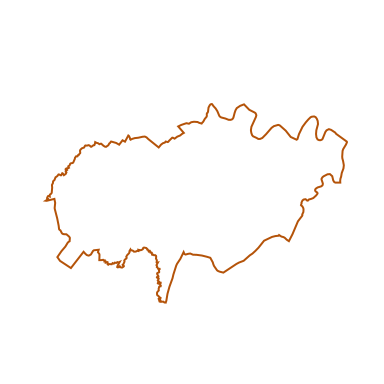 outline of Ba Ria, Bà Rịa - Vũng Tàu, Vietnam, rotated 205°
{"feature_id": "81297802B66449035371360", "entity_name": "Ba Ria", "entity_type": "district", "adm_level": 2, "iso_a3": "VNM", "parent_name": "Vietnam", "parent_adm1": "Bà Rịa - Vũng Tàu", "projection": "robinson", "projection_center": [107.192, 10.508], "detail": "fine", "context": "isolated", "style": "outline", "palette": "amber", "viewbox_px": 384, "rotation_deg": 205, "n_neighbors": 0, "source": "geoboundaries", "source_scale": "gbopen_adm2", "svg_char_len": 5980}
<svg xmlns="http://www.w3.org/2000/svg" viewBox="0 0 384 384"><g transform="rotate(205 192 192)"><path d="M320.9,122.3L320.0,122.6L313.8,127.6L311.4,124.3L309.7,119.4L309.0,118.4L303.0,111.1L298.6,105.1L296.8,102.2L296.2,101.8L295.0,101.6L292.7,99.8L291.7,99.4L290.3,99.6L287.9,100.6L284.4,99.6L283.3,98.8L282.1,95.6L282.7,94.8L283.2,93.6L283.7,89.0L285.3,83.2L286.5,76.1L282.5,73.8L269.6,71.9L265.0,92.0L262.7,91.0L260.8,90.4L259.0,90.6L258.4,91.0L257.2,92.7L256.8,96.7L256.3,97.7L252.2,100.2L251.8,97.7L249.9,96.7L249.3,96.0L247.2,91.1L244.9,92.2L243.9,93.0L242.7,92.8L242.1,93.2L241.9,93.0L242.2,92.6L242.0,92.0L240.9,92.5L240.4,91.5L239.1,92.7L238.8,92.7L237.9,90.8L237.2,90.7L236.8,91.6L234.2,92.6L233.9,94.0L232.6,94.0L232.1,95.4L230.8,95.6L230.0,96.9L229.1,96.9L228.0,98.1L228.3,94.3L228.1,92.4L227.5,92.3L227.1,92.7L226.5,92.9L226.1,94.2L224.9,93.6L223.5,93.9L222.5,95.4L222.4,96.0L222.7,96.3L223.8,96.4L224.1,96.7L223.7,97.5L223.7,99.7L223.8,100.5L224.4,101.2L224.3,102.3L223.4,104.0L223.4,104.7L224.2,105.5L224.1,107.3L223.2,109.9L223.2,111.2L223.7,111.9L223.5,113.9L222.7,113.2L222.0,113.7L220.6,113.8L219.4,113.4L217.8,114.2L216.7,115.6L215.4,115.9L215.4,116.4L216.0,117.0L214.0,117.5L213.2,118.2L212.4,119.4L212.6,120.4L212.4,121.0L211.9,121.4L209.8,121.9L208.3,121.4L208.2,120.9L207.4,120.9L206.9,120.5L206.4,120.5L206.3,120.0L206.0,119.7L205.6,119.9L205.3,120.8L204.9,120.6L204.1,119.5L203.7,119.6L203.2,120.0L202.8,120.0L201.7,118.3L201.1,118.4L200.7,118.8L199.8,118.6L198.6,119.2L197.6,118.9L197.1,118.2L196.5,116.4L195.0,115.3L194.3,113.2L193.9,113.1L193.1,113.7L193.3,110.7L192.3,110.0L192.1,109.1L191.4,109.0L190.2,108.1L188.9,108.7L188.7,108.5L189.0,107.3L187.9,105.6L187.9,105.3L189.1,104.0L189.2,103.5L188.6,102.6L187.2,101.8L186.6,101.0L186.8,100.5L187.7,100.2L187.8,100.0L187.7,99.7L185.6,99.4L185.5,98.8L185.7,97.4L185.1,96.9L184.0,96.9L183.9,96.3L184.5,95.2L184.4,94.8L183.7,94.7L183.5,94.8L182.5,96.4L182.1,96.6L181.9,96.4L181.9,94.7L180.6,93.8L180.6,93.2L181.5,92.7L181.7,92.3L181.3,90.1L180.5,88.7L181.1,87.0L181.1,85.8L180.2,84.1L179.6,83.7L178.6,83.6L177.2,83.0L175.7,82.7L175.7,82.0L176.9,81.6L177.1,81.1L176.6,80.7L175.6,80.7L175.4,80.2L175.7,79.6L175.1,79.0L174.6,79.1L174.5,80.2L173.5,79.5L171.7,80.5L170.3,80.2L169.5,80.7L169.1,80.7L169.3,82.6L171.2,89.4L172.4,96.6L173.2,105.6L174.0,109.4L175.2,118.7L175.2,120.6L174.3,126.5L174.2,134.0L172.7,132.6L171.4,132.6L169.4,134.3L167.6,135.5L164.6,135.6L161.3,137.0L156.2,138.6L151.1,139.6L147.6,140.1L143.4,137.0L142.2,135.6L140.8,134.3L136.2,131.6L134.9,131.4L133.2,131.5L129.5,132.2L121.3,145.6L119.5,148.0L116.1,151.5L112.8,159.1L111.2,161.7L109.7,165.3L108.2,169.6L106.1,178.3L100.5,185.1L97.8,187.3L95.0,189.0L94.9,189.8L92.2,189.4L90.0,189.8L88.6,189.7L86.0,188.8L83.4,188.4L83.1,196.2L83.6,210.2L82.1,217.0L82.2,217.7L82.6,218.2L82.6,220.9L83.5,223.2L84.2,224.3L86.0,225.7L86.9,225.8L87.7,226.2L87.9,228.0L88.3,228.7L88.3,231.0L87.7,232.3L86.2,233.4L85.5,233.4L84.3,232.9L83.4,233.1L82.9,234.6L81.0,236.2L79.5,237.8L78.0,241.4L77.6,243.4L77.7,244.0L78.4,244.5L79.9,244.7L80.9,245.2L81.3,245.9L81.3,247.2L80.1,249.2L77.3,251.7L76.6,253.0L76.6,253.8L77.0,255.0L79.9,258.1L80.2,258.9L80.0,260.5L79.4,261.8L76.7,265.3L74.6,266.5L71.6,265.6L68.8,262.1L67.2,261.1L66.1,261.1L61.6,263.2L62.4,264.7L63.1,266.8L63.3,268.8L64.3,272.5L64.7,277.4L65.7,280.4L68.0,283.7L70.0,286.1L70.8,287.5L72.9,292.9L73.1,294.8L72.5,300.2L72.6,302.6L73.0,303.1L85.9,305.6L87.4,306.4L92.2,307.1L94.5,306.8L96.1,304.8L96.5,302.7L96.1,295.3L96.5,294.2L97.4,293.3L98.7,292.7L100.4,292.7L102.3,294.1L104.1,297.0L105.4,300.5L106.5,306.8L108.1,309.5L109.8,311.1L111.6,312.1L113.2,312.1L115.2,310.9L116.1,309.9L117.2,307.0L118.3,303.2L119.4,297.8L119.5,289.7L118.8,284.5L119.3,283.6L125.8,283.6L133.0,287.2L140.4,289.4L141.5,289.4L142.3,289.2L145.6,286.3L147.0,283.8L149.3,275.7L151.1,270.7L152.7,268.9L154.4,268.1L156.3,268.3L160.2,268.3L161.5,268.9L163.1,270.5L164.1,271.9L164.8,273.1L165.7,276.2L165.8,287.0L166.1,288.7L166.8,289.5L167.6,290.2L168.6,290.5L174.8,290.7L181.9,293.4L184.8,290.4L186.9,286.9L187.1,284.4L186.8,281.7L185.9,276.8L186.1,275.4L186.6,274.5L187.7,273.6L189.4,272.9L192.8,272.7L197.1,271.9L198.8,272.2L199.6,272.7L203.1,275.9L205.9,277.7L208.8,278.9L210.9,280.1L211.6,279.9L212.3,279.1L212.6,278.1L212.7,275.5L211.4,271.5L211.4,270.3L211.7,269.8L211.6,269.0L210.7,267.2L210.6,266.3L211.3,263.7L211.5,260.8L211.7,259.8L212.0,259.3L212.2,258.1L214.9,257.7L216.5,257.8L219.9,256.5L222.2,254.9L223.6,252.6L226.1,252.0L227.3,250.9L230.1,248.2L232.2,245.6L224.4,242.1L225.6,240.4L226.7,238.1L228.7,236.0L230.3,233.0L232.4,233.1L232.9,232.8L234.5,228.5L234.7,227.5L235.1,227.0L237.2,226.6L237.5,225.3L239.0,223.9L240.1,221.8L241.0,218.3L254.0,221.5L256.3,222.3L258.2,222.3L260.1,221.2L263.6,218.5L266.7,216.6L268.7,214.8L269.8,213.4L270.3,213.6L270.7,214.3L272.0,215.5L273.0,216.2L273.6,216.3L274.0,209.3L276.8,209.5L278.0,204.1L281.5,204.4L286.5,203.6L286.8,203.4L287.0,201.8L287.5,201.0L287.6,199.0L289.0,196.6L290.0,196.3L291.8,196.5L294.7,197.4L295.0,197.3L296.1,196.2L297.9,196.5L299.1,196.2L300.8,196.3L300.4,194.8L300.3,193.2L301.1,192.7L302.3,190.5L302.7,190.3L304.4,190.8L305.4,190.8L306.9,189.6L308.3,189.1L308.5,188.5L308.6,186.7L310.3,185.0L311.0,183.1L310.9,182.0L309.8,180.2L309.8,179.8L310.2,178.8L310.2,177.9L310.8,177.4L310.9,175.9L312.1,175.4L312.5,173.6L312.2,172.5L312.1,168.5L312.5,167.8L313.9,166.8L314.3,166.2L314.2,164.2L315.0,163.0L314.7,162.4L313.8,161.9L314.2,161.3L315.8,160.3L316.2,159.4L316.0,158.9L315.5,158.9L314.9,159.3L314.5,159.1L315.2,157.4L315.1,157.0L314.1,156.6L314.1,155.0L315.2,153.1L316.9,154.2L317.5,154.2L317.6,152.0L317.8,151.7L320.0,151.7L320.4,151.5L320.8,149.5L321.9,147.6L321.7,144.8L322.4,143.0L321.8,141.2L321.9,139.2L320.6,136.9L318.9,132.3L318.8,131.8L319.0,130.8L319.7,129.6L319.6,128.9L319.0,127.8L320.2,127.8L320.7,127.5L320.9,125.8L320.6,124.9L319.4,124.9L319.2,124.3L320.2,123.4L320.9,122.3Z" fill="none" stroke="#b45309" stroke-width="2"/></g></svg>